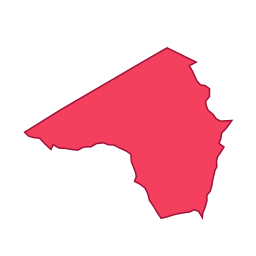 outline of Jundiá, Alagoas, Brazil, rotated 188°
{"feature_id": "56859067B87554604652350", "entity_name": "Jundiá", "entity_type": "district", "adm_level": 2, "iso_a3": "BRA", "parent_name": "Brazil", "parent_adm1": "Alagoas", "projection": "orthographic", "projection_center": [-35.546, -8.962], "detail": "fine", "context": "isolated", "style": "filled", "palette": "rose", "viewbox_px": 256, "rotation_deg": 188, "n_neighbors": 0, "source": "geoboundaries", "source_scale": "gbopen_adm2", "svg_char_len": 1014}
<svg xmlns="http://www.w3.org/2000/svg" viewBox="0 0 256 256"><g transform="rotate(188 128 128)"><path d="M41.9,49.6L42.1,54.4L40.6,60.1L39.7,67.0L40.5,72.5L37.8,76.7L37.0,82.3L36.9,87.5L36.5,92.7L36.0,98.0L34.6,102.3L35.8,107.3L35.3,112.0L32.4,117.7L30.3,122.5L35.8,125.5L34.6,130.1L34.6,136.0L30.6,141.5L26.2,149.9L32.2,148.7L37.0,147.7L41.7,149.2L45.6,153.2L51.1,156.7L53.6,160.9L54.9,165.3L51.7,170.5L52.7,178.2L57.6,180.8L62.3,180.8L66.0,183.9L69.0,188.3L71.7,192.7L76.0,198.2L69.6,202.7L100.5,212.8L115.3,201.3L197.1,136.8L229.8,109.4L225.2,106.1L220.1,105.4L214.1,105.6L208.2,100.8L201.3,96.0L199.8,101.1L193.5,98.5L187.5,99.1L180.0,98.9L174.6,99.1L169.2,103.0L162.1,104.2L157.0,108.2L150.1,109.9L145.4,108.7L139.7,109.2L133.4,107.0L126.1,104.8L121.4,102.3L120.2,95.6L114.5,85.4L113.0,81.1L114.1,76.1L108.5,74.1L103.0,71.1L99.3,65.8L96.7,59.4L91.5,53.7L87.2,48.2L82.6,43.2L77.1,45.4L68.9,49.2L60.6,52.0L55.3,53.4L51.0,56.2L46.5,55.3L41.9,49.6Z" fill="#f43f5e" stroke="#9f1239" stroke-width="1.5"/></g></svg>